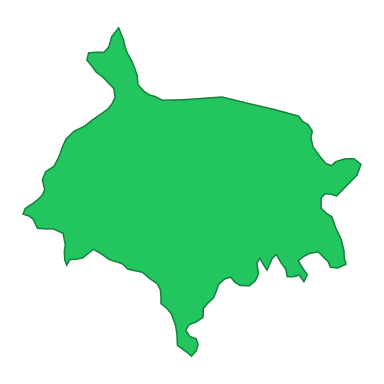 outline of Cosmópolis, São Paulo, Brazil
{"feature_id": "56859067B61325650388807", "entity_name": "Cosmópolis", "entity_type": "district", "adm_level": 2, "iso_a3": "BRA", "parent_name": "Brazil", "parent_adm1": "São Paulo", "projection": "albers", "projection_center": [-47.186, -22.652], "detail": "fine", "context": "isolated", "style": "filled", "palette": "green", "viewbox_px": 384, "rotation_deg": 0, "n_neighbors": 0, "source": "geoboundaries", "source_scale": "gbopen_adm2", "svg_char_len": 1872}
<svg xmlns="http://www.w3.org/2000/svg" viewBox="0 0 384 384"><path d="M177.4,345.3L182.0,348.7L186.8,352.2L191.5,356.2L196.1,350.9L198.1,344.7L196.1,338.7L190.0,336.6L185.8,330.4L188.9,324.8L196.1,322.0L203.0,317.2L203.3,308.5L207.5,303.5L213.6,297.7L216.5,290.7L218.7,284.4L224.6,279.0L230.8,277.2L234.6,282.0L240.0,285.5L249.3,285.8L255.3,280.8L258.5,274.0L256.8,263.3L259.9,258.1L262.8,263.5L267.0,270.1L272.3,258.3L276.4,254.5L281.2,263.0L285.8,269.2L287.2,276.7L292.9,276.8L299.3,275.2L303.9,281.8L307.2,274.6L302.6,268.0L298.2,260.7L303.6,256.5L309.8,253.3L318.3,252.0L328.2,261.7L330.4,267.3L337.7,268.0L346.0,264.3L344.2,257.7L344.0,250.8L341.4,240.2L338.8,234.4L335.4,227.2L331.9,216.8L326.7,213.5L321.0,208.1L321.2,198.0L324.9,193.8L331.0,194.2L336.5,196.0L357.0,175.1L361.0,164.4L353.8,158.6L344.6,158.9L335.6,161.7L331.6,165.7L325.9,163.5L321.3,158.2L316.9,152.3L313.0,147.0L310.9,137.6L312.3,131.3L308.4,124.9L302.5,121.3L298.6,116.1L274.7,109.6L246.5,103.0L222.0,97.0L182.2,99.8L162.3,100.2L154.9,96.4L149.1,94.8L143.6,91.1L138.0,84.5L137.1,75.2L134.4,67.5L131.2,60.0L127.2,52.8L125.2,47.4L123.5,39.7L118.6,27.8L111.7,36.6L108.8,47.1L103.8,52.4L97.0,52.2L88.6,52.8L86.9,60.2L91.5,65.6L96.4,72.4L102.5,76.7L108.6,83.3L113.7,88.4L115.1,97.4L111.9,104.0L107.9,108.9L102.4,113.0L92.4,119.9L84.6,126.1L74.0,131.3L66.0,139.1L62.5,147.0L60.2,153.4L57.9,158.9L53.9,166.3L45.6,171.7L42.4,179.7L44.7,189.8L42.1,195.3L38.1,199.4L32.8,203.5L25.2,208.5L23.0,214.1L28.8,215.9L33.1,219.1L37.5,228.3L46.7,229.0L52.8,228.7L63.1,233.4L65.3,244.9L64.3,252.0L64.8,259.9L66.6,265.2L70.0,259.5L76.0,259.3L82.7,257.9L93.4,249.3L100.9,253.6L109.2,259.5L114.6,261.3L122.1,263.6L127.9,269.2L142.5,272.3L148.9,277.9L157.3,283.8L160.4,289.8L161.0,297.3L161.0,303.7L166.7,308.2L171.3,313.8L175.6,325.4L177.0,335.3L177.4,345.3Z" fill="#22c55e" stroke="#15803d" stroke-width="1.5"/></svg>